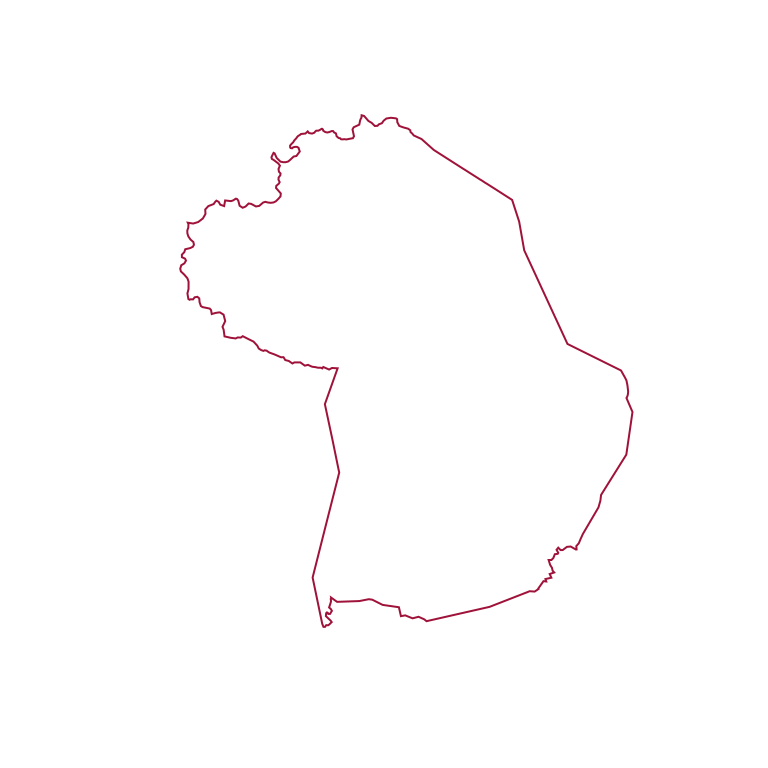 San Simón Zahuatlán, Oaxaca, Mexico, rotated 311°
{"feature_id": "50627088B58043403570664", "entity_name": "San Simón Zahuatlán", "entity_type": "district", "adm_level": 2, "iso_a3": "MEX", "parent_name": "Mexico", "parent_adm1": "Oaxaca", "projection": "robinson", "projection_center": [-97.999, 17.838], "detail": "fine", "context": "isolated", "style": "outline", "palette": "rose", "viewbox_px": 768, "rotation_deg": 311, "n_neighbors": 0, "source": "geoboundaries", "source_scale": "gbopen_adm2", "svg_char_len": 4078}
<svg xmlns="http://www.w3.org/2000/svg" viewBox="0 0 768 768"><g transform="rotate(311 384 384)"><path d="M532.5,576.2L533.5,576.0L535.2,575.4L537.2,574.2L538.7,573.0L542.7,568.6L545.7,564.7L546.9,561.8L549.7,554.0L534.6,496.2L576.9,402.1L595.2,379.5L607.0,359.9L603.2,334.1L602.6,330.2L602.3,328.6L601.7,324.0L601.4,322.6L600.9,319.0L599.7,311.2L599.3,308.4L598.9,305.6L598.4,302.6L593.3,268.0L593.5,251.6L591.1,243.4L591.5,241.3L591.6,238.6L592.7,237.4L592.5,234.7L590.9,231.4L590.3,230.1L588.8,226.2L590.3,222.3L592.5,220.1L592.3,218.7L589.5,214.6L585.9,211.6L582.5,211.0L579.4,211.3L576.7,209.8L574.6,209.7L572.7,207.8L573.0,203.3L572.3,199.6L572.9,195.6L573.2,193.1L572.1,190.8L570.1,192.3L568.4,192.6L567.0,193.2L563.5,195.2L557.9,192.7L555.5,193.2L551.3,198.8L549.1,199.3L546.9,197.5L543.9,195.2L542.8,193.5L541.3,192.1L540.5,190.9L540.7,189.7L539.9,188.4L539.9,185.7L541.6,183.3L541.1,181.3L541.5,179.7L540.6,178.6L538.4,177.5L536.7,176.3L535.6,174.4L535.3,171.9L535.9,171.1L536.1,170.1L535.7,169.5L533.9,169.0L532.2,168.3L530.8,166.7L529.7,166.5L527.8,166.5L525.8,165.4L524.2,162.8L524.6,160.7L521.5,160.4L518.2,157.3L516.6,157.1L515.0,156.5L513.7,156.4L511.7,156.6L508.9,156.5L506.8,156.9L504.8,156.7L502.4,156.7L501.1,157.8L500.8,158.7L501.6,160.0L503.1,160.2L504.6,161.3L505.9,162.8L506.2,164.5L504.2,167.9L498.6,168.3L496.4,166.6L490.7,166.0L488.8,165.6L486.6,164.0L485.4,162.6L483.9,160.0L484.2,154.7L486.3,150.1L486.0,149.0L483.6,149.6L481.3,150.3L480.3,151.7L480.7,153.6L481.1,159.5L480.5,162.2L477.1,163.3L475.3,165.4L475.0,167.8L473.5,168.8L470.7,169.0L469.0,170.3L467.9,172.8L466.3,173.2L462.9,172.7L461.1,173.9L460.1,181.1L457.7,182.8L454.4,182.8L450.9,182.5L448.5,181.5L446.4,179.6L444.8,177.3L443.6,174.9L441.6,173.7L436.6,173.0L434.0,170.9L432.8,165.6L431.4,163.4L427.1,163.1L424.3,161.7L423.8,158.1L426.8,153.7L427.2,151.8L426.7,150.6L423.4,149.6L421.6,148.5L418.3,143.7L413.4,146.6L411.9,142.8L413.0,139.7L412.4,137.2L410.4,137.1L408.1,137.4L403.0,134.7L398.4,134.6L395.2,137.7L390.1,138.7L384.3,137.5L379.9,134.7L377.0,130.1L376.3,131.6L373.6,133.7L370.7,134.9L368.6,136.9L367.0,139.6L366.1,143.1L366.1,147.0L364.4,149.2L362.2,149.7L359.5,148.6L355.3,145.6L352.4,146.8L349.0,146.6L347.1,148.3L348.1,151.6L347.2,153.6L344.1,154.2L340.6,153.1L337.3,154.6L335.7,156.9L335.5,161.6L334.8,166.3L333.0,169.4L327.4,174.2L323.4,176.2L319.8,180.6L320.0,182.0L320.9,182.3L322.6,184.4L325.2,184.2L327.4,186.0L327.4,188.4L324.7,191.2L322.7,194.7L323.0,196.6L326.6,203.0L326.3,205.0L323.8,208.1L327.2,210.3L329.9,212.6L330.4,213.2L330.5,213.9L331.1,217.4L327.3,222.9L321.2,224.6L319.8,227.3L317.9,229.5L315.3,232.4L318.3,238.0L321.1,242.2L323.1,243.0L325.1,245.5L327.4,246.0L329.0,252.4L330.4,257.7L329.8,263.2L328.6,266.2L329.0,269.0L329.9,271.3L331.1,271.8L332.1,273.4L332.5,276.8L334.6,282.3L336.6,288.7L338.3,290.6L337.3,293.8L338.9,297.0L339.4,301.4L341.5,302.2L345.4,306.7L345.9,312.2L348.6,314.1L349.5,317.3L350.0,318.6L351.8,321.3L353.1,323.7L354.8,325.6L355.3,327.2L357.0,327.0L358.9,333.1L361.9,334.2L362.4,334.8L365.4,338.7L330.0,352.6L308.1,381.7L289.2,406.4L289.0,406.7L287.8,408.3L237.2,433.8L191.1,457.1L162.5,494.7L161.0,497.6L162.0,498.8L164.1,498.6L165.2,500.1L166.7,500.5L168.5,500.6L170.0,500.7L170.4,498.9L170.7,492.4L173.1,490.7L174.2,490.8L174.4,491.8L173.9,492.8L175.1,494.1L178.6,493.5L179.3,491.5L179.3,489.2L184.0,487.2L185.3,486.5L186.2,485.6L186.8,484.8L187.6,484.8L188.1,484.2L188.8,491.5L204.0,507.8L211.6,513.7L213.5,516.6L216.4,527.9L225.3,541.7L219.9,549.1L223.3,551.8L225.9,559.3L231.0,562.8L232.8,568.8L232.9,571.7L285.1,609.9L323.2,629.9L326.2,633.9L330.7,635.1L330.9,634.6L339.8,633.7L341.4,636.0L342.7,633.8L347.6,637.4L349.3,633.7L353.4,636.1L353.7,633.8L355.5,631.3L356.5,628.0L359.2,623.7L361.0,625.8L363.7,626.0L367.6,624.6L369.8,626.5L370.9,626.3L372.1,623.0L374.8,622.9L374.5,626.2L375.9,627.8L381.1,628.9L383.8,631.5L385.0,637.5L385.5,637.9L387.8,635.5L391.6,635.5L395.9,634.1L401.2,632.5L431.6,626.8L438.0,623.8L442.7,620.6L489.7,613.2L525.9,589.9L532.5,576.2Z" fill="none" stroke="#9f1239" stroke-width="2"/></g></svg>